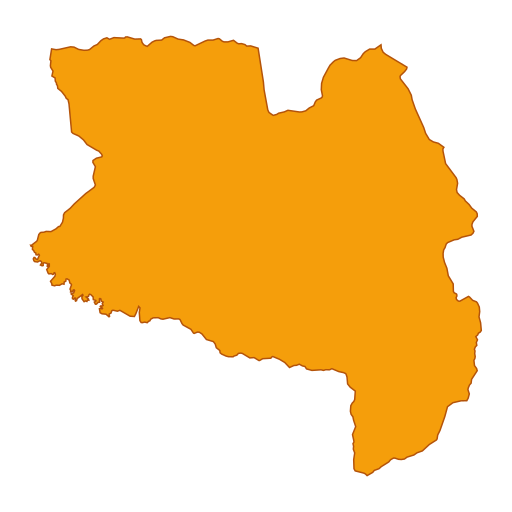 the district of Picota, San Martín, Peru
{"feature_id": "86281439B32206092239911", "entity_name": "Picota", "entity_type": "district", "adm_level": 2, "iso_a3": "PER", "parent_name": "Peru", "parent_adm1": "San Martín", "projection": "mercator", "projection_center": [-76.326, -6.941], "detail": "fine", "context": "isolated", "style": "filled", "palette": "amber", "viewbox_px": 512, "rotation_deg": 0, "n_neighbors": 0, "source": "geoboundaries", "source_scale": "gbopen_adm2", "svg_char_len": 5843}
<svg xmlns="http://www.w3.org/2000/svg" viewBox="0 0 512 512"><path d="M367.1,475.6L372.7,472.4L374.3,470.4L379.0,468.7L381.3,466.6L388.8,461.9L390.5,459.8L393.4,458.1L394.9,458.1L398.5,459.3L401.3,459.5L404.5,459.0L407.1,457.1L413.9,455.0L417.0,452.8L422.4,450.9L429.3,444.5L436.4,440.0L437.1,438.9L437.7,435.0L440.0,430.4L444.8,416.6L447.5,406.7L452.9,402.7L461.1,400.8L466.8,400.7L468.2,398.1L469.3,393.9L467.9,389.5L468.3,387.8L469.6,384.8L471.1,383.2L471.6,379.3L477.2,370.7L476.6,368.5L474.5,365.6L473.9,360.3L474.8,358.7L475.2,356.6L474.7,353.6L475.0,351.0L474.4,349.2L475.4,346.8L476.8,345.4L476.3,342.5L477.5,339.8L475.8,336.6L477.7,334.9L478.4,333.2L480.2,332.1L481.3,330.5L480.6,322.8L479.0,316.9L479.7,311.6L479.3,307.1L477.5,303.1L476.4,301.8L472.6,300.3L469.6,297.1L468.5,296.4L459.8,301.2L458.4,301.1L456.5,299.5L456.1,297.7L456.9,296.0L456.8,294.7L456.5,294.0L454.2,292.8L453.4,291.5L453.2,283.9L448.3,275.8L446.9,268.3L444.5,262.3L443.2,257.1L443.1,253.4L443.7,249.8L445.0,247.7L446.2,244.1L447.6,242.6L454.2,239.8L457.8,239.3L461.8,237.2L471.1,235.0L473.0,233.2L473.9,231.3L471.9,226.2L472.0,224.2L473.0,221.7L477.3,216.4L477.2,213.8L476.3,211.9L471.7,208.1L469.1,204.5L465.3,200.9L464.2,198.9L459.6,195.3L457.1,192.5L456.5,189.6L457.6,183.3L456.9,179.5L456.1,177.7L445.6,163.6L443.0,151.2L442.9,148.9L443.9,147.3L438.4,143.3L433.3,141.9L429.3,139.5L425.6,133.3L423.7,127.5L415.3,108.9L412.1,99.7L411.3,95.2L408.1,88.8L400.4,78.9L400.0,76.7L400.5,75.5L404.6,71.6L406.6,69.0L407.0,67.2L385.6,54.3L383.1,52.2L381.3,48.3L381.0,44.8L374.8,49.1L369.6,49.1L365.3,51.7L363.3,53.6L360.6,57.7L356.6,60.6L352.2,60.5L344.1,58.0L340.1,58.5L335.3,60.3L333.5,61.7L330.1,65.1L328.4,68.0L323.4,77.3L321.6,83.4L321.3,89.7L322.5,95.8L322.2,97.0L321.4,97.9L316.6,100.1L315.3,101.9L313.7,105.7L309.2,108.0L305.8,110.8L301.8,111.9L299.5,112.0L287.9,110.3L284.3,111.9L278.6,113.2L276.8,114.4L273.2,115.4L269.0,112.5L267.8,110.0L264.1,89.9L263.4,82.0L258.1,48.2L250.7,45.9L246.7,46.1L245.0,44.6L241.5,43.6L238.7,43.8L237.2,43.2L233.5,40.3L227.9,41.9L224.1,41.9L222.4,41.3L219.4,38.8L218.1,38.5L213.0,40.1L207.8,40.1L204.9,41.1L195.1,45.8L193.9,45.5L189.9,42.4L183.5,39.9L178.1,39.1L172.8,36.7L170.5,36.4L164.5,37.8L161.6,40.1L156.2,40.4L154.6,40.9L152.0,42.2L147.2,46.4L144.2,45.1L142.9,43.7L142.0,42.3L141.4,39.6L140.6,38.9L134.8,39.1L127.4,36.9L125.5,37.0L124.7,38.0L123.5,38.1L113.9,37.6L109.5,39.3L106.9,37.8L103.5,38.9L101.0,40.6L97.3,44.5L93.9,46.0L89.5,49.6L87.3,50.2L83.9,50.3L78.6,49.4L74.0,47.1L70.6,46.8L59.1,49.4L56.1,49.7L51.6,48.9L49.9,59.6L50.9,60.8L50.4,65.7L50.7,67.4L53.0,71.1L51.9,76.0L55.1,78.0L55.3,81.1L56.4,82.9L56.6,84.6L57.4,85.4L57.8,88.4L61.5,91.4L65.2,96.1L66.3,98.4L68.0,99.6L69.0,103.9L71.6,132.0L73.0,133.4L78.8,136.0L83.5,139.9L87.0,144.5L96.8,150.3L98.7,151.0L101.6,154.2L102.3,155.9L101.7,156.9L96.4,158.2L93.0,160.5L92.9,162.4L95.4,166.7L93.2,176.2L93.2,178.5L95.4,185.0L94.2,187.3L85.8,193.5L74.4,203.8L70.2,208.3L64.6,212.7L63.5,214.9L63.4,218.2L62.5,222.2L59.9,226.4L58.5,226.6L55.9,228.9L51.0,231.6L46.1,231.4L44.0,232.2L40.9,232.4L40.0,233.0L38.8,234.5L37.3,240.4L36.5,241.4L31.3,245.4L30.7,245.3L31.2,246.4L32.7,246.4L32.4,249.3L33.7,250.6L34.5,252.3L35.8,253.0L36.0,254.7L37.2,255.0L38.7,254.2L39.4,255.2L37.5,259.5L36.4,259.3L34.8,257.5L34.0,257.5L33.3,258.9L33.9,260.8L34.7,261.6L37.6,262.0L39.5,260.9L40.5,260.9L41.5,261.8L41.8,262.9L40.4,265.0L42.1,265.8L43.2,265.5L43.1,263.4L44.0,262.7L47.1,263.4L47.5,264.6L47.2,266.3L47.6,266.5L48.8,266.1L48.5,264.1L48.9,263.7L49.3,263.9L49.3,266.4L46.7,269.5L48.1,273.1L48.9,273.9L51.2,273.6L52.8,274.5L53.4,274.2L54.1,272.8L54.7,272.7L55.4,274.2L54.9,276.3L50.5,281.3L51.7,283.4L52.0,285.2L54.7,285.8L56.1,285.2L59.5,285.3L62.1,283.8L64.0,284.2L64.2,282.0L65.8,281.2L66.0,279.1L67.0,278.8L69.2,280.1L69.8,282.9L71.1,284.0L71.5,284.9L70.0,289.1L70.7,290.4L70.6,291.9L72.6,291.3L73.4,289.9L74.3,290.0L74.6,290.6L73.6,293.0L71.4,293.4L71.1,293.9L73.2,295.7L72.4,297.4L72.5,298.7L73.5,299.2L74.8,298.0L75.4,298.1L75.2,300.4L75.5,301.1L76.5,300.7L77.2,298.5L82.6,294.5L83.0,295.3L81.9,296.7L82.0,298.8L84.1,301.7L85.6,300.9L86.9,301.5L87.6,300.0L88.8,300.2L88.5,299.0L86.1,297.0L88.5,296.4L88.9,294.9L89.6,294.2L90.8,294.6L93.1,296.9L93.3,299.6L95.9,300.5L95.9,301.1L94.3,302.1L95.4,304.2L96.5,304.1L98.0,302.4L99.6,302.2L99.4,298.9L99.8,298.5L100.7,298.7L101.5,301.2L103.2,302.1L102.2,303.7L103.1,305.4L102.4,306.0L100.8,305.9L100.3,306.3L102.5,308.3L102.0,308.9L100.3,308.3L99.4,308.7L100.1,312.7L102.0,313.8L106.0,314.2L109.0,316.8L109.6,316.2L109.1,315.0L109.3,313.9L110.9,313.2L111.9,310.6L113.0,310.2L117.4,311.2L119.9,310.3L130.1,316.2L134.4,316.5L135.8,313.8L138.7,306.4L140.0,307.9L139.3,312.4L139.9,320.6L141.1,322.5L142.2,322.7L144.7,322.1L147.2,322.7L148.7,321.2L149.8,320.9L150.7,319.2L153.3,317.8L158.3,317.7L160.9,318.9L163.0,319.2L169.9,317.6L174.1,319.0L178.6,318.9L180.0,319.5L182.0,323.6L183.2,325.1L190.9,329.3L193.5,333.1L194.2,333.4L197.4,332.1L199.3,332.2L202.0,334.0L206.4,339.5L213.4,341.6L215.2,344.0L216.3,347.7L219.8,350.5L220.1,352.8L221.7,354.1L226.1,356.1L228.5,356.7L233.1,356.8L234.1,356.0L236.8,355.2L238.4,353.4L240.7,353.1L242.3,353.4L249.8,357.9L254.1,357.6L258.9,360.5L259.6,360.5L262.7,358.7L270.8,358.2L272.0,356.8L272.8,356.5L279.5,359.3L284.8,362.5L289.5,367.5L293.9,365.5L296.5,365.3L299.3,364.2L302.4,365.9L305.0,366.5L306.5,368.9L311.9,370.4L321.0,369.8L323.5,370.4L325.7,369.7L329.5,369.8L331.9,368.7L338.8,371.6L343.5,372.6L345.3,373.4L346.0,374.0L347.0,377.0L347.6,383.9L350.2,387.2L355.3,391.1L354.7,399.5L353.8,401.5L352.3,403.0L350.8,405.7L350.4,411.3L351.1,414.3L352.9,416.8L353.6,420.2L355.7,426.6L352.5,434.6L353.9,441.1L353.9,442.1L353.0,443.6L353.6,446.3L353.3,449.1L354.7,452.9L353.7,459.6L354.0,468.7L355.2,470.9L363.8,473.1L365.4,473.9L367.1,475.6Z" fill="#f59e0b" stroke="#b45309" stroke-width="1.5"/></svg>